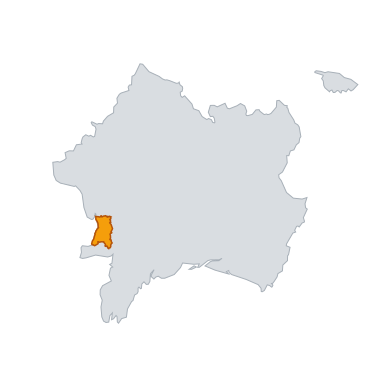 Calvados on a map of France (Mercator projection), rotated 281°
{"feature_id": "FRA-5275", "entity_name": "Calvados", "entity_type": "Metropolitan department", "adm_level": 1, "iso_a3": "FRA", "parent_name": "France", "parent_adm1": "", "projection": "mercator", "projection_center": [-0.269, 49.094], "detail": "fine", "context": "in_parent", "style": "filled", "palette": "amber", "viewbox_px": 384, "rotation_deg": 281, "n_neighbors": 0, "source": "natural_earth", "source_scale": "10m", "svg_char_len": 5828}
<svg xmlns="http://www.w3.org/2000/svg" viewBox="0 0 384 384"><g transform="rotate(281 192 192)"><path d="M297.4,158.4L295.0,159.7L293.5,162.5L291.9,163.1L289.1,163.1L287.7,161.4L284.3,162.5L283.0,164.3L285.0,166.4L278.3,175.2L274.0,177.5L273.1,183.2L268.0,187.5L266.2,192.0L266.0,192.8L267.3,194.3L266.7,197.2L264.2,199.1L264.2,200.9L264.9,201.2L268.8,199.7L270.3,198.0L269.5,195.6L273.4,192.8L280.5,193.5L281.3,197.3L280.4,200.5L285.4,207.5L281.0,210.7L280.8,212.8L285.3,219.8L288.1,222.7L286.6,227.3L281.8,230.3L278.8,230.0L277.5,230.8L277.6,232.2L279.7,236.4L284.8,239.1L285.6,242.2L284.2,243.3L281.8,248.0L282.8,250.4L282.4,251.4L283.0,253.0L284.3,254.6L291.4,258.6L297.8,257.8L298.6,260.1L294.7,266.2L294.9,269.0L293.0,269.0L292.6,270.0L288.6,272.0L282.2,278.1L279.3,279.9L278.1,283.0L276.3,284.8L267.1,288.3L265.4,287.5L260.9,287.6L258.2,285.4L252.8,284.0L251.1,280.7L246.1,280.1L245.8,278.0L238.8,279.9L228.9,277.0L225.5,273.8L222.6,274.7L220.1,277.5L209.5,284.9L205.3,292.6L206.1,301.5L208.5,305.9L202.0,305.2L198.2,306.5L197.2,308.4L188.1,306.2L184.7,308.0L183.8,307.9L182.6,306.0L178.1,303.9L178.8,302.5L178.2,301.2L174.0,300.1L172.5,301.4L170.9,298.8L159.1,294.7L157.2,294.8L156.4,298.8L148.8,298.7L147.7,298.0L142.8,298.8L137.6,295.1L131.8,295.8L128.3,291.9L124.8,291.7L119.9,289.7L117.7,288.6L117.4,287.5L116.0,289.2L114.2,288.8L113.8,288.3L115.0,286.1L115.2,283.6L109.1,281.8L107.5,280.0L107.5,279.0L110.7,278.1L113.7,274.6L116.5,261.9L118.5,246.7L120.0,243.8L121.9,243.0L120.4,240.9L118.5,243.6L119.7,229.5L121.9,218.9L127.0,223.2L128.2,225.1L129.7,231.5L132.6,234.1L130.7,231.6L128.9,223.1L127.7,220.7L119.5,213.6L119.2,212.0L122.8,212.8L121.4,207.5L120.5,196.3L115.6,195.1L107.6,190.3L102.1,181.6L101.5,178.4L102.9,174.9L101.6,172.7L99.3,171.2L101.1,168.2L102.7,167.9L108.5,169.6L103.8,166.8L96.2,167.7L93.1,166.7L92.6,164.7L94.7,162.0L92.1,160.3L87.7,160.7L87.2,160.0L88.5,158.1L87.4,157.4L83.8,158.1L81.8,157.5L79.9,155.3L74.2,154.8L72.9,153.6L64.9,151.0L56.6,151.5L54.3,147.1L49.2,144.9L50.2,143.5L55.3,142.2L56.3,141.0L52.6,139.2L51.3,137.4L58.1,136.9L55.0,135.0L48.4,135.1L47.5,132.5L48.4,129.8L52.2,127.3L61.7,124.6L68.7,124.5L73.6,121.4L78.4,120.6L83.0,122.1L89.3,129.8L94.3,126.4L101.7,126.5L103.2,128.5L105.2,125.0L106.8,127.0L115.9,126.3L113.8,124.9L112.1,121.6L111.7,109.4L107.1,100.5L105.9,97.2L106.2,94.5L111.6,95.0L116.1,93.7L118.3,94.6L118.8,100.4L120.7,103.7L133.2,104.7L140.4,106.5L146.4,103.3L152.1,101.8L152.5,101.0L149.3,101.3L146.3,99.9L145.9,98.4L147.4,93.9L156.1,88.9L168.8,84.6L172.1,81.8L175.8,76.6L175.0,75.3L175.6,61.2L177.4,56.5L182.3,53.1L194.6,49.7L196.2,54.3L196.1,56.8L199.4,60.8L201.0,62.1L206.4,59.9L209.0,63.6L209.7,67.8L216.3,69.5L218.1,74.9L219.3,73.8L223.4,74.0L225.3,74.5L227.9,76.8L227.1,80.1L228.3,81.6L227.2,84.6L228.0,85.8L235.4,85.8L237.7,84.5L238.7,81.5L240.9,79.8L241.8,80.3L240.4,85.8L241.4,87.3L241.9,91.2L244.7,91.5L250.2,94.7L254.8,99.9L260.5,99.0L265.0,101.9L269.7,100.4L274.0,102.0L275.6,103.5L279.6,110.7L282.8,109.3L285.0,110.1L285.7,112.2L294.1,111.0L295.6,113.0L297.3,113.8L307.9,116.5L308.0,119.2L301.9,126.8L299.2,137.7L297.4,141.4L296.8,144.2L297.3,146.0L297.0,149.0L295.7,155.9L296.4,158.0L297.4,158.4ZM335.0,295.6L334.5,299.7L336.0,302.6L336.5,314.1L333.4,319.7L332.9,326.4L329.1,334.3L323.2,330.7L321.5,328.8L323.1,325.8L319.7,324.1L320.5,321.2L320.1,319.7L317.7,319.5L317.6,318.8L319.3,316.5L319.3,315.1L317.0,313.3L316.6,311.7L318.8,309.9L317.8,308.3L316.6,307.9L319.6,302.7L321.6,301.1L326.2,299.6L328.1,297.6L331.2,298.7L331.7,298.2L332.7,289.8L333.7,289.7L334.7,290.8L335.0,295.6ZM119.9,208.1L119.2,210.7L116.0,206.3L115.6,203.9L119.9,208.1Z" fill="#d9dde1" stroke="#a8b0b8" stroke-width="1"/><path d="M121.1,105.0L121.4,104.9L121.4,104.7L121.2,104.4L121.3,103.9L121.7,103.6L122.0,103.4L124.7,103.5L127.1,104.5L130.5,104.7L131.4,104.9L131.9,105.0L132.6,104.6L133.1,104.7L134.0,105.1L135.4,105.1L135.7,105.2L136.3,105.6L137.4,105.9L139.2,107.0L139.8,106.6L143.0,105.8L143.9,105.3L144.5,104.8L144.9,104.7L145.1,104.6L145.6,103.8L146.9,102.8L149.5,102.3L149.6,102.2L149.6,102.3L149.8,103.5L149.8,104.4L149.9,104.9L149.9,105.2L149.8,105.7L149.8,106.0L150.1,106.6L150.2,106.8L150.4,106.9L150.8,106.9L151.0,107.0L151.3,107.4L151.2,107.6L150.8,107.8L150.5,107.9L150.5,108.0L150.4,108.3L150.5,108.5L150.6,108.8L150.8,108.9L150.9,109.1L151.2,109.3L151.4,109.6L151.7,110.4L151.8,110.9L152.2,111.4L152.2,111.6L152.1,111.9L152.0,112.1L151.9,112.4L151.9,112.7L152.0,113.0L152.0,113.3L151.8,113.4L151.5,113.4L151.3,113.4L151.2,113.6L151.2,113.9L151.3,114.1L151.4,114.3L151.6,114.5L152.1,114.9L152.3,115.2L152.4,115.4L152.4,115.6L152.3,115.9L152.3,116.3L152.3,116.7L152.3,116.9L152.2,117.1L152.1,117.3L151.6,116.8L151.3,116.8L150.6,117.3L150.3,117.4L149.9,117.2L149.6,117.0L149.4,116.6L149.1,116.6L148.9,116.9L148.7,117.2L148.5,117.4L148.3,117.5L147.6,117.5L147.4,117.6L147.0,117.9L146.8,118.0L146.7,117.8L146.4,117.3L146.2,117.1L145.8,117.3L144.8,118.7L140.8,121.0L137.4,120.1L137.1,120.2L137.1,120.3L137.0,120.6L136.9,120.9L136.7,121.0L136.6,120.9L136.3,120.7L135.7,119.9L135.4,119.7L134.8,119.6L133.8,120.2L131.3,120.8L130.9,120.8L130.2,120.5L129.9,120.4L129.7,120.5L129.5,120.8L129.5,121.0L129.6,121.3L129.6,121.5L129.4,121.8L128.0,122.2L127.7,122.4L127.1,123.1L126.7,123.3L125.6,122.6L124.4,122.3L123.6,122.6L122.6,122.6L121.6,122.2L121.4,121.5L121.3,121.3L120.5,121.1L120.6,120.7L120.8,120.3L121.5,119.7L122.3,119.3L122.5,119.1L122.7,118.8L122.7,118.6L122.6,118.4L122.4,118.2L122.2,117.9L122.2,117.5L122.3,117.1L122.6,116.9L123.5,117.2L123.8,117.1L124.5,116.6L125.6,115.2L126.3,114.8L126.1,114.4L125.8,112.3L125.7,112.0L125.1,111.0L125.1,110.6L125.1,110.3L125.3,109.6L125.3,109.4L125.3,109.2L125.2,109.1L123.8,109.6L123.3,109.6L121.0,107.1L120.7,106.5L120.9,106.0L121.1,105.6L121.1,105.0Z" fill="#f59e0b" stroke="#b45309" stroke-width="1.5"/></g></svg>